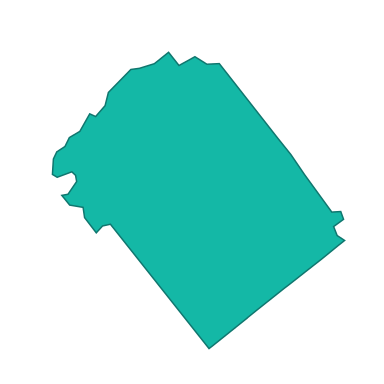 Wayne, Tennessee, United States of America (Robinson projection), rotated 321°
{"feature_id": "52423323B60565520400225", "entity_name": "Wayne", "entity_type": "district", "adm_level": 2, "iso_a3": "USA", "parent_name": "United States of America", "parent_adm1": "Tennessee", "projection": "robinson", "projection_center": [-87.803, 35.248], "detail": "fine", "context": "isolated", "style": "filled", "palette": "teal", "viewbox_px": 384, "rotation_deg": 321, "n_neighbors": 0, "source": "geoboundaries", "source_scale": "gbopen_adm2", "svg_char_len": 842}
<svg xmlns="http://www.w3.org/2000/svg" viewBox="0 0 384 384"><g transform="rotate(321 192 192)"><path d="M294.0,109.4L284.0,102.1L279.4,88.7L261.5,85.5L261.7,68.7L243.5,68.6L229.0,62.8L221.6,58.3L189.7,62.0L178.8,70.2L164.6,72.7L161.7,66.9L143.0,74.3L131.0,72.5L121.9,76.7L112.2,75.7L105.1,79.1L94.6,90.5L96.5,95.7L111.3,100.7L112.0,105.8L108.9,111.3L94.2,115.7L88.7,112.7L88.7,125.2L97.7,135.4L92.4,144.3L91.9,163.5L101.1,162.1L108.3,165.7L106.7,324.4L111.9,324.5L133.2,324.6L155.7,324.7L155.8,324.6L158.1,324.6L166.8,324.6L167.6,324.6L203.4,324.9L206.2,325.0L210.2,325.1L232.8,325.4L236.1,325.5L236.9,325.5L238.6,325.5L250.2,325.7L253.5,325.7L271.4,325.6L280.1,325.7L277.4,317.2L280.3,308.0L292.6,308.6L295.3,300.8L288.0,295.6L290.4,249.3L292.4,225.2L292.5,204.3L294.0,109.4Z" fill="#14b8a6" stroke="#0f766e" stroke-width="1.5"/></g></svg>